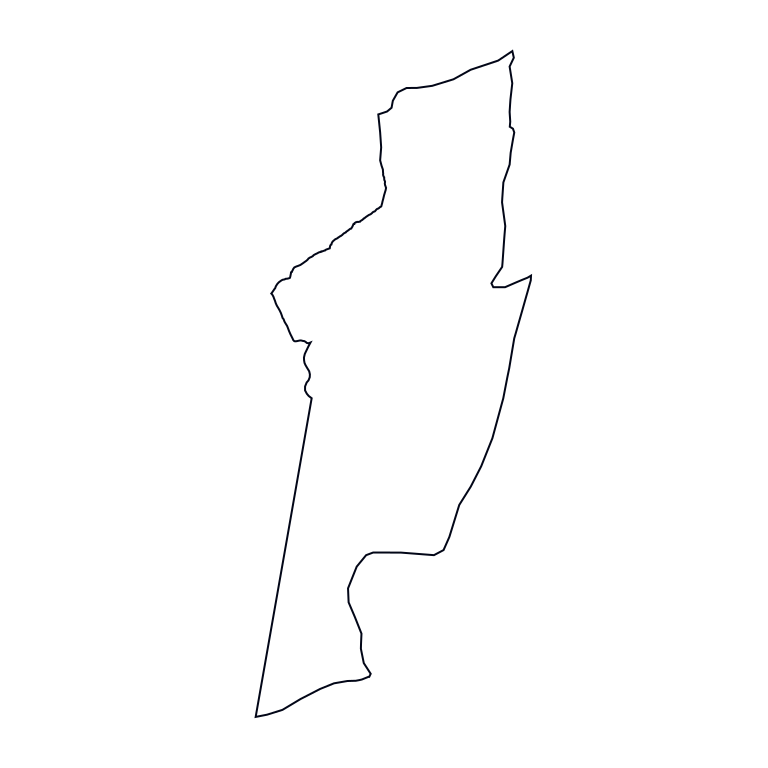 Tunduma, Mbeya, United Republic of Tanzania (Mercator projection), rotated 68°
{"feature_id": "72390352B1593050996578", "entity_name": "Tunduma", "entity_type": "district", "adm_level": 2, "iso_a3": "TZA", "parent_name": "United Republic of Tanzania", "parent_adm1": "Mbeya", "projection": "mercator", "projection_center": [32.774, -9.303], "detail": "fine", "context": "isolated", "style": "outline", "palette": "ink", "viewbox_px": 768, "rotation_deg": 68, "n_neighbors": 0, "source": "geoboundaries", "source_scale": "gbopen_adm2", "svg_char_len": 4269}
<svg xmlns="http://www.w3.org/2000/svg" viewBox="0 0 768 768"><g transform="rotate(68 384 384)"><path d="M650.0,507.4L647.7,504.9L635.2,507.3L620.8,504.6L616.9,502.9L607.0,498.4L589.4,498.3L573.2,498.6L565.6,495.9L560.0,493.9L550.5,484.8L543.1,477.7L536.0,464.7L536.2,457.1L546.7,431.4L561.4,401.8L560.3,391.0L550.3,380.7L524.3,359.5L515.4,347.2L511.8,342.2L510.1,340.2L496.7,324.7L475.7,304.6L475.0,303.9L447.1,282.7L442.0,278.8L424.1,267.2L421.1,265.2L416.3,262.0L409.6,257.9L390.4,246.1L386.0,242.6L381.1,238.8L367.4,228.1L355.8,219.1L353.0,216.9L342.9,209.1L338.6,207.1L339.2,211.1L339.2,217.1L339.3,223.3L339.6,235.4L335.2,246.4L330.9,246.7L326.0,240.0L319.7,230.6L316.6,229.0L311.5,226.5L294.7,218.3L289.9,215.9L283.0,212.4L273.2,209.9L259.8,206.5L256.2,204.8L241.8,197.8L227.6,185.3L217.0,179.9L205.7,172.9L199.6,169.0L195.6,168.8L192.6,171.0L188.1,168.7L178.8,165.6L171.5,162.1L167.4,160.1L153.2,152.4L136.7,148.6L130.1,141.4L123.4,140.3L126.9,157.0L125.1,186.0L127.5,205.4L125.6,227.6L121.8,242.6L118.0,252.2L118.4,257.8L118.7,262.1L119.7,263.4L124.7,269.7L130.7,273.5L132.5,279.1L132.2,284.2L131.9,288.3L149.2,293.3L163.6,298.0L175.2,303.8L180.7,304.5L184.8,304.7L186.2,305.2L187.7,305.7L188.8,306.0L189.7,306.5L190.8,306.6L191.9,306.6L192.4,306.4L193.2,306.7L193.9,307.0L195.2,307.3L196.0,307.2L197.0,307.3L198.3,308.1L200.0,308.5L201.1,308.5L202.1,308.6L202.9,308.6L204.9,309.9L207.0,311.6L208.4,312.7L208.6,312.9L212.1,315.4L214.2,317.0L215.7,318.0L216.1,318.3L216.7,318.8L217.5,319.4L218.2,319.9L218.5,320.6L218.5,321.1L218.5,321.5L219.0,322.8L219.2,323.7L219.1,324.2L219.1,324.7L219.2,325.1L219.4,325.7L219.7,326.3L220.1,327.0L220.3,327.4L220.5,327.9L220.5,328.4L220.4,329.1L220.6,330.2L220.9,330.8L221.1,331.2L221.3,331.9L221.5,332.5L221.6,333.0L221.6,333.8L221.6,334.5L221.7,335.1L222.3,337.9L222.4,338.3L222.6,339.0L222.9,339.8L222.9,340.6L223.0,340.9L223.2,341.0L223.3,341.4L223.4,341.8L223.7,342.5L223.9,343.8L224.2,345.1L224.5,345.4L224.3,346.1L224.2,346.8L224.1,347.2L223.9,347.6L223.6,348.2L223.7,348.9L223.5,349.4L223.7,350.6L224.1,351.6L224.5,351.7L224.3,352.4L224.9,353.0L225.4,353.5L226.0,354.1L226.4,354.5L226.8,355.2L227.6,356.1L227.5,356.6L227.5,357.2L227.6,357.8L227.9,358.7L228.2,359.8L228.5,361.1L228.7,362.1L229.1,362.5L229.3,364.8L229.6,365.6L230.0,366.6L230.2,366.9L230.4,368.1L230.6,368.5L230.6,369.1L230.6,369.6L230.8,370.1L230.9,370.7L231.1,371.9L231.4,372.4L231.4,372.9L231.5,373.6L231.5,374.1L231.5,374.7L231.5,374.9L231.8,375.7L232.2,377.0L232.7,378.3L233.6,379.4L233.7,379.5L234.1,380.0L235.0,380.5L235.1,381.4L235.8,382.2L237.9,383.5L237.8,384.6L237.8,385.5L237.7,387.0L237.8,388.1L238.1,388.4L238.1,388.5L238.0,389.1L237.9,390.6L237.9,392.1L237.9,392.8L237.6,392.8L237.7,393.9L237.6,395.1L237.6,395.6L237.8,396.6L237.9,398.2L237.9,398.9L238.0,399.5L238.1,400.5L238.3,401.3L238.5,401.6L238.7,402.1L238.8,402.2L238.8,402.6L238.9,403.0L239.0,403.8L239.0,404.6L239.0,405.3L239.2,406.0L239.3,406.9L240.1,408.2L240.7,409.9L241.1,411.7L241.8,414.5L241.9,415.2L242.1,416.0L242.3,416.9L242.3,419.7L242.2,421.3L242.3,422.9L242.3,423.4L243.2,424.9L244.5,426.3L245.1,427.1L245.5,427.3L245.4,427.9L245.8,428.5L246.5,428.8L247.7,429.6L249.1,430.5L250.3,431.4L250.4,432.2L250.2,433.9L249.6,435.9L249.8,436.8L249.7,437.5L249.4,438.8L249.5,440.2L250.3,443.4L251.3,445.5L252.9,447.7L254.5,449.1L254.9,450.0L255.6,451.0L256.8,452.8L257.7,454.2L257.8,454.4L257.9,454.6L259.2,454.1L261.6,453.8L263.6,453.9L266.0,453.9L268.5,454.1L271.2,454.0L274.3,453.5L276.6,453.2L279.6,453.0L282.5,453.1L284.8,453.3L286.3,452.8L288.8,452.9L291.0,452.6L293.8,452.1L295.9,452.1L299.2,452.2L302.9,452.1L305.3,451.9L306.6,451.8L307.7,451.7L309.2,451.7L310.5,451.2L311.1,450.5L311.6,448.9L311.8,447.6L312.2,445.4L312.8,444.2L313.6,443.2L314.4,441.8L314.9,441.4L315.9,440.7L316.9,440.3L317.9,438.9L318.0,437.4L318.0,436.6L321.0,440.2L325.1,444.7L326.5,446.2L329.5,448.3L332.0,449.2L334.7,449.8L337.1,449.7L339.9,449.3L344.2,448.6L347.3,449.1L349.9,450.3L352.4,452.7L353.6,455.1L356.7,458.1L360.4,459.6L364.1,459.2L366.9,458.3L370.1,456.4L436.0,497.5L493.1,533.1L644.6,627.7L646.8,616.3L648.1,600.2L644.8,579.2L642.8,557.3L642.8,542.5L645.7,529.1L648.6,521.3L649.3,517.8L649.7,515.2L649.7,508.1L650.0,507.4Z" fill="none" stroke="#020617" stroke-width="2"/></g></svg>